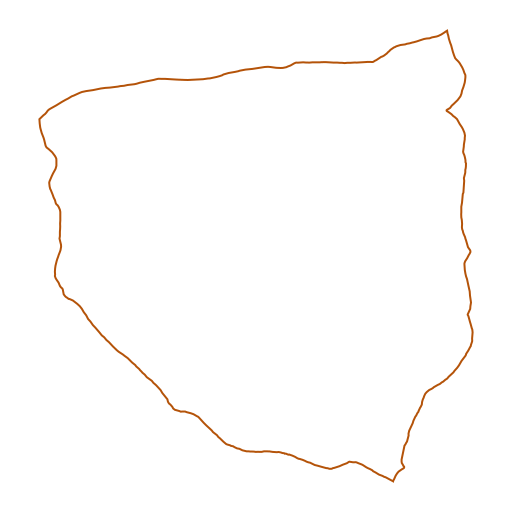 the district of Haykota, Gash Barka, Eritrea
{"feature_id": "51966322B40149499398016", "entity_name": "Haykota", "entity_type": "district", "adm_level": 2, "iso_a3": "ERI", "parent_name": "Eritrea", "parent_adm1": "Gash Barka", "projection": "orthographic", "projection_center": [37.006, 15.215], "detail": "fine", "context": "isolated", "style": "outline", "palette": "amber", "viewbox_px": 512, "rotation_deg": 0, "n_neighbors": 0, "source": "geoboundaries", "source_scale": "gbopen_adm2", "svg_char_len": 5875}
<svg xmlns="http://www.w3.org/2000/svg" viewBox="0 0 512 512"><path d="M39.4,119.2L39.7,123.4L40.2,127.4L40.5,128.7L41.7,133.0L43.5,137.6L44.1,139.5L45.6,145.7L46.5,147.4L48.8,149.2L52.2,152.3L54.9,155.9L55.7,157.3L56.3,158.7L56.4,160.1L56.4,165.8L55.6,168.7L55.2,169.5L53.1,173.3L51.8,176.0L49.5,181.4L49.2,182.8L49.6,186.4L50.2,188.9L50.7,189.8L52.6,194.5L53.7,197.6L55.0,200.2L55.7,203.0L56.4,204.3L57.7,205.4L58.8,207.2L59.9,209.8L60.3,211.9L60.3,220.6L60.1,223.5L60.2,226.4L60.1,229.2L59.9,231.7L59.9,236.1L59.5,238.6L61.0,244.7L61.1,246.8L60.5,250.1L60.0,251.6L58.6,255.2L58.1,256.8L57.2,259.2L56.6,261.2L55.5,265.7L55.1,268.6L54.9,271.7L55.1,274.6L54.9,276.0L55.0,276.4L55.7,278.3L56.5,279.6L58.6,282.7L60.0,286.1L60.3,286.3L60.7,287.1L62.3,288.5L62.6,289.1L62.8,289.6L63.7,294.3L64.8,295.8L65.6,296.7L66.4,297.3L67.1,297.7L68.6,298.9L69.6,299.0L69.9,299.2L70.9,299.6L72.9,300.5L77.3,303.9L79.8,306.2L81.9,308.9L83.8,312.2L86.2,315.3L88.1,319.0L90.4,321.5L92.9,325.1L95.3,327.6L99.5,332.5L101.8,335.4L104.2,337.3L106.4,340.0L108.9,342.1L112.9,346.4L116.7,350.1L118.6,351.7L122.9,354.5L124.5,355.8L127.7,358.1L132.2,362.6L135.3,365.1L136.2,366.4L139.2,369.0L140.0,370.1L141.6,371.7L142.4,372.7L144.7,374.6L146.8,377.2L151.8,380.8L153.6,383.1L154.3,383.6L156.2,385.3L160.6,390.1L162.3,393.0L167.4,399.3L167.9,401.5L168.3,402.4L169.1,403.6L170.3,404.5L172.3,406.8L173.2,408.5L174.9,409.8L179.2,411.0L180.9,411.7L182.1,411.5L185.0,411.5L186.8,412.2L190.7,413.2L193.5,414.2L197.1,416.3L198.0,416.7L198.7,417.3L203.7,422.8L206.2,425.3L211.7,430.4L213.0,432.1L217.0,435.2L218.3,437.0L219.8,438.2L223.4,441.7L226.1,444.0L227.2,444.5L230.1,445.3L230.8,445.8L233.2,446.3L234.4,447.1L237.1,448.4L239.4,448.8L242.4,450.3L246.5,451.3L248.3,451.3L250.0,451.5L253.9,451.6L255.6,451.9L258.2,451.8L259.6,451.9L261.6,451.9L264.1,451.3L269.4,451.4L272.6,451.9L276.9,452.2L278.5,452.0L279.2,452.1L281.0,452.5L282.3,453.0L284.0,453.2L284.3,453.3L284.7,453.7L285.8,453.6L288.1,454.6L288.7,454.7L289.1,454.5L292.3,455.6L295.0,456.8L297.3,458.2L298.7,458.8L299.6,458.9L302.5,459.8L304.9,460.8L306.6,461.7L308.3,462.3L310.1,462.7L314.7,465.0L317.6,465.7L321.1,466.7L326.2,468.1L327.6,468.2L329.4,468.8L331.4,468.8L332.3,468.5L333.0,468.1L334.2,467.9L339.5,466.2L342.8,464.7L346.9,463.2L348.7,462.0L349.4,461.7L353.2,462.3L355.7,462.2L356.6,462.4L358.4,463.2L361.8,464.5L363.1,465.2L366.3,467.3L368.2,468.3L369.9,469.0L372.3,470.3L373.1,471.2L375.6,472.5L379.0,474.6L382.5,475.9L384.3,476.9L385.5,477.2L393.1,481.3L393.2,480.7L394.0,479.4L395.7,475.6L397.1,473.4L398.6,471.6L400.3,470.4L401.7,469.4L402.8,468.8L404.0,467.9L404.2,467.1L404.1,466.6L403.4,465.9L402.9,464.8L401.8,463.0L401.6,461.5L401.6,459.5L404.5,445.6L405.4,444.4L406.3,442.6L407.0,441.6L408.6,435.5L408.5,433.7L409.2,430.7L412.7,423.2L413.4,420.8L415.4,416.5L416.2,415.6L416.6,414.6L417.5,412.9L418.4,411.8L418.8,410.4L419.2,409.7L419.6,408.8L420.1,407.7L420.6,407.0L421.8,404.6L422.1,401.9L422.8,399.5L423.7,397.6L424.0,396.5L425.0,394.3L425.4,393.6L426.7,392.1L429.2,390.0L431.5,388.9L432.8,388.1L433.8,387.2L437.8,384.9L439.8,384.0L441.9,382.3L443.1,381.7L445.4,379.7L446.9,378.8L447.5,378.2L448.6,376.8L453.4,372.4L454.5,370.8L457.2,367.8L459.0,365.3L461.6,360.8L465.5,355.7L466.0,354.6L466.1,353.9L468.2,350.7L470.0,347.3L470.8,346.0L470.9,345.1L472.1,341.5L472.2,340.9L472.1,338.5L472.6,332.4L472.3,329.5L471.8,328.3L470.6,323.9L470.1,322.3L468.4,316.1L467.7,314.8L467.7,314.4L470.2,308.9L470.4,306.2L471.0,302.5L470.0,295.6L469.7,291.4L468.4,285.6L467.0,279.0L466.1,276.5L465.4,273.5L464.8,269.9L464.4,263.8L464.6,262.8L465.2,261.2L467.1,258.3L468.8,255.0L469.6,253.8L470.4,252.1L470.4,251.1L470.1,250.2L468.0,247.2L466.0,240.2L465.4,238.6L465.1,237.2L463.6,233.8L463.1,232.3L462.8,230.8L462.2,229.3L461.9,227.3L462.1,223.9L461.8,219.9L461.3,217.4L461.2,214.2L461.3,212.4L461.3,206.7L462.0,202.8L462.8,194.0L463.4,192.6L464.2,180.8L463.9,178.1L465.2,173.0L465.3,172.0L465.3,169.9L465.7,168.3L465.9,166.6L466.0,163.4L465.5,162.2L465.5,160.6L465.3,159.2L464.7,156.5L464.1,154.6L463.5,153.4L463.1,151.8L463.8,146.6L463.9,144.6L464.8,139.0L464.7,138.2L465.0,135.7L464.4,132.7L462.9,129.1L461.8,127.1L459.7,124.0L457.0,119.1L454.8,117.1L453.2,116.0L451.5,114.2L448.3,111.9L446.9,111.1L446.6,110.7L446.6,110.2L447.1,109.7L448.9,108.7L450.2,107.8L451.7,105.7L453.8,103.8L457.6,100.1L460.4,96.4L461.5,93.6L462.1,90.5L463.4,87.1L464.7,82.7L465.0,80.8L465.4,77.3L465.4,75.5L465.2,74.6L464.4,73.0L463.7,70.9L463.4,70.0L462.2,67.4L459.7,63.2L458.7,61.9L457.3,60.4L456.7,59.9L455.2,58.2L454.1,55.5L452.9,51.9L451.1,45.2L450.2,42.9L448.9,38.8L448.2,35.4L447.5,33.3L447.1,30.7L446.4,31.1L444.1,32.7L441.3,34.5L438.4,35.9L436.6,36.5L431.9,37.4L429.6,38.3L426.7,38.5L424.0,39.0L420.0,40.3L416.8,41.4L413.5,42.3L412.4,42.5L409.7,43.3L406.8,43.8L405.2,44.4L400.5,45.0L396.3,46.3L395.1,47.0L394.0,47.4L390.5,49.8L389.2,51.2L388.1,52.1L386.8,53.5L384.0,55.6L382.4,56.5L381.3,56.8L376.3,60.1L375.0,60.7L373.5,61.7L372.8,62.0L367.3,61.9L366.7,62.0L356.6,62.6L355.0,62.5L350.4,62.8L347.2,62.8L344.6,63.1L342.0,62.8L339.8,62.8L337.2,62.6L333.6,62.6L325.3,62.1L321.5,62.2L320.0,62.3L312.7,62.3L309.5,62.6L305.7,62.5L303.2,62.3L297.6,62.7L296.4,62.6L295.8,62.7L294.3,63.3L290.5,65.5L287.8,66.5L286.3,67.2L282.9,67.9L280.7,68.0L276.2,67.8L270.4,67.0L268.0,66.8L264.7,67.0L252.5,68.9L245.5,69.6L239.7,70.7L238.3,71.2L235.0,71.9L228.6,73.0L223.4,74.5L222.1,75.3L219.7,76.1L216.4,77.0L209.8,78.4L207.9,78.5L203.1,79.2L187.8,80.0L184.3,79.9L177.1,79.6L165.6,78.9L158.2,78.8L156.0,79.3L153.8,79.9L144.6,81.7L139.9,82.7L136.7,83.7L134.5,84.2L127.6,85.0L123.9,85.8L120.3,86.1L117.9,86.6L109.8,87.6L105.3,87.9L100.8,88.5L93.0,90.1L86.1,91.1L81.9,92.0L79.6,92.9L73.7,95.6L71.8,96.3L68.0,98.6L65.6,99.8L61.9,101.9L56.4,105.3L50.3,108.7L48.9,109.6L47.7,110.7L46.5,112.4L45.1,114.0L43.4,115.3L39.4,119.2Z" fill="none" stroke="#b45309" stroke-width="2"/></svg>